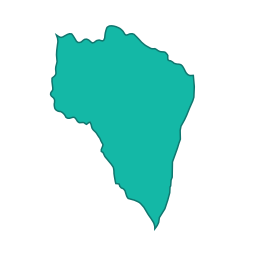 Pachalum, Baja Verapaz, Guatemala (Equal Earth projection), rotated 172°
{"feature_id": "79465075B39093617577569", "entity_name": "Pachalum", "entity_type": "district", "adm_level": 2, "iso_a3": "GTM", "parent_name": "Guatemala", "parent_adm1": "Baja Verapaz", "projection": "equal_earth", "projection_center": [-90.648, 14.927], "detail": "fine", "context": "isolated", "style": "filled", "palette": "teal", "viewbox_px": 256, "rotation_deg": 172, "n_neighbors": 0, "source": "geoboundaries", "source_scale": "gbopen_adm2", "svg_char_len": 3066}
<svg xmlns="http://www.w3.org/2000/svg" viewBox="0 0 256 256"><g transform="rotate(172 128 128)"><path d="M115.5,24.4L113.9,26.0L112.5,27.6L110.8,30.2L109.4,34.9L102.7,42.9L98.7,51.0L95.7,58.0L94.6,63.7L93.8,64.7L92.6,70.4L91.1,73.1L88.7,88.2L81.9,101.1L79.7,105.8L77.7,109.6L76.7,118.3L75.3,122.4L70.8,128.4L68.2,132.4L66.0,136.2L64.2,139.3L60.1,145.9L58.5,149.3L56.6,159.7L56.0,171.0L57.0,171.1L58.3,171.2L59.6,171.4L60.6,172.0L61.5,172.7L62.8,174.6L63.4,176.1L64.0,178.0L64.7,179.9L65.5,181.7L66.6,183.1L67.6,183.7L68.7,184.1L69.8,184.3L70.9,184.6L72.0,185.0L73.5,185.8L74.6,187.1L76.5,188.6L77.9,189.0L79.0,190.1L78.8,192.5L78.5,194.2L78.9,195.3L80.4,197.6L81.7,198.3L83.2,198.6L84.6,198.9L85.6,199.2L87.6,200.5L88.8,201.7L90.3,202.8L92.4,203.0L93.9,203.4L95.0,204.1L97.4,205.9L98.7,206.9L100.1,208.2L102.6,211.0L104.6,214.0L106.6,216.8L108.2,218.9L109.1,220.0L110.8,220.8L112.4,220.9L113.4,220.9L114.4,220.6L115.6,220.3L117.1,220.3L118.1,221.3L119.0,223.4L119.5,224.5L120.3,225.6L121.2,226.7L122.3,227.8L123.4,228.6L125.8,230.0L127.9,230.9L129.0,231.2L130.3,231.5L132.0,231.6L132.9,231.4L134.5,230.7L135.2,229.9L136.4,227.4L137.2,225.4L137.7,223.8L138.0,222.6L138.3,221.4L138.6,220.3L139.7,218.4L140.9,217.8L141.8,218.0L143.2,218.6L144.3,219.1L146.6,219.0L148.0,218.4L149.6,217.4L151.5,217.2L152.8,218.4L153.5,219.3L154.6,220.5L155.7,221.3L156.9,221.8L158.7,221.8L160.1,221.1L161.2,220.4L162.3,219.7L163.9,219.4L165.7,219.7L167.0,221.1L167.7,222.8L168.6,224.9L169.5,226.9L170.7,229.0L172.8,229.5L174.9,229.1L176.3,228.6L178.7,227.7L179.6,227.3L181.5,227.0L182.7,227.4L183.6,228.0L184.6,228.8L186.0,230.1L185.3,226.8L185.3,224.0L185.5,222.8L186.3,220.1L187.8,214.6L188.6,210.5L188.7,209.3L189.0,203.6L189.5,202.2L190.1,200.7L190.9,198.8L191.3,197.3L191.5,196.0L191.6,193.6L191.8,191.9L192.5,190.6L193.8,189.4L195.4,188.5L196.3,187.9L196.8,184.6L196.9,178.3L197.1,176.5L198.2,175.0L199.1,174.2L199.7,173.3L200.0,171.8L199.5,170.4L198.1,168.8L197.2,167.6L196.8,165.7L197.2,163.5L197.7,162.1L197.9,160.3L197.8,158.0L197.3,156.6L196.5,155.6L195.2,154.6L193.9,154.0L192.5,153.7L191.0,152.6L190.2,151.7L189.1,150.2L188.4,148.7L188.1,147.5L187.1,146.5L186.1,146.0L184.6,145.8L183.7,145.9L181.0,146.3L179.7,146.0L178.6,144.8L177.0,141.4L175.6,140.1L174.4,139.9L172.5,139.8L171.6,139.7L170.5,139.2L169.6,138.1L168.5,137.4L167.4,138.1L165.9,138.9L164.8,139.0L164.0,136.5L163.9,134.8L163.6,132.8L163.1,131.7L162.5,130.7L160.6,128.3L160.0,127.3L159.3,125.8L158.7,124.5L158.2,123.4L157.3,121.8L156.8,119.9L156.5,118.7L155.8,116.9L155.1,115.2L155.5,113.8L157.5,110.3L157.7,108.5L156.2,107.3L155.6,105.5L155.1,103.7L154.7,102.7L149.7,94.6L148.1,91.4L147.9,89.9L147.9,87.5L148.2,84.8L148.2,82.9L148.2,81.5L148.0,76.6L147.8,74.7L145.8,74.2L144.6,73.7L144.2,71.4L143.0,69.6L141.9,69.0L140.9,68.3L139.7,66.3L139.2,63.1L138.8,60.8L138.2,59.2L137.6,58.2L134.6,56.9L131.8,55.7L128.7,53.8L127.2,52.7L126.0,51.4L123.3,47.3L120.1,39.7L119.3,38.1L118.7,36.9L118.1,35.8L116.1,31.4L115.6,29.9L115.4,28.5L115.2,26.7L115.5,24.4Z" fill="#14b8a6" stroke="#0f766e" stroke-width="1.5"/></g></svg>